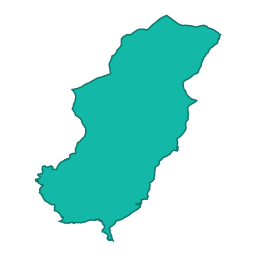 Repedea, Maramures, Romania
{"feature_id": "2599482B52197218257293", "entity_name": "Repedea", "entity_type": "district", "adm_level": 2, "iso_a3": "ROU", "parent_name": "Romania", "parent_adm1": "Maramures", "projection": "equal_earth", "projection_center": [24.385, 47.886], "detail": "fine", "context": "isolated", "style": "filled", "palette": "teal", "viewbox_px": 256, "rotation_deg": 0, "n_neighbors": 0, "source": "geoboundaries", "source_scale": "gbopen_adm2", "svg_char_len": 5741}
<svg xmlns="http://www.w3.org/2000/svg" viewBox="0 0 256 256"><path d="M113.0,240.6L111.8,237.6L111.6,235.8L109.9,232.4L109.8,231.5L110.1,230.5L109.9,229.6L109.7,229.2L109.0,229.0L109.0,228.4L110.1,227.6L110.5,226.6L112.2,225.9L114.2,224.2L115.2,223.0L115.7,221.8L116.6,220.8L121.1,219.6L121.9,219.1L122.8,218.8L124.8,217.2L125.6,217.1L127.0,216.2L128.8,215.3L131.3,213.1L132.5,212.2L133.7,211.7L134.3,211.1L134.9,210.7L136.9,209.8L137.4,209.3L137.3,209.0L137.8,209.0L138.6,208.1L139.5,207.7L139.9,207.0L140.2,206.9L140.1,206.2L140.5,205.8L140.2,205.6L140.3,204.8L136.6,204.7L136.6,204.3L135.9,203.8L136.1,203.6L136.8,204.0L138.4,204.1L138.7,204.0L138.4,203.6L138.5,203.5L141.4,203.4L141.4,203.0L141.0,202.8L140.7,202.3L141.5,201.4L141.6,200.2L141.1,199.8L141.4,199.6L143.3,199.4L144.0,199.0L145.3,199.2L147.3,199.0L147.2,198.1L147.7,197.6L147.5,197.0L148.2,196.5L148.2,196.3L147.5,194.8L147.0,194.3L147.5,193.3L147.6,192.4L148.0,192.1L148.1,191.5L149.2,190.2L149.7,189.0L149.5,187.9L149.7,187.5L150.0,185.2L149.9,184.6L149.6,184.3L149.5,183.6L150.1,182.6L152.4,181.1L153.4,179.7L154.2,179.0L153.8,177.7L154.3,176.8L154.5,176.0L154.7,171.0L155.2,170.0L154.7,168.6L155.1,168.2L155.4,167.3L156.0,166.5L158.0,165.5L158.3,165.2L159.0,164.0L159.4,162.8L159.3,161.4L159.9,160.6L161.0,160.0L161.9,159.3L162.2,158.5L162.6,157.9L166.7,156.1L170.0,154.0L170.6,153.4L170.9,152.7L171.4,151.9L173.2,150.3L175.0,150.4L176.5,150.9L177.5,150.7L177.4,150.2L178.0,149.5L177.1,149.2L176.7,147.8L177.6,147.9L178.1,147.5L178.2,147.2L177.1,145.3L177.3,143.2L177.7,142.8L177.4,141.8L177.0,138.9L177.4,138.4L180.8,136.1L184.7,131.3L185.4,129.9L185.9,128.3L186.0,127.2L185.6,124.6L185.7,122.5L186.1,121.7L187.6,120.2L188.1,119.3L188.0,116.1L188.5,114.3L188.0,111.5L187.9,110.3L187.6,109.7L187.8,108.6L187.8,107.2L188.1,106.7L188.8,106.2L189.0,105.5L189.3,105.2L191.2,104.3L195.6,101.6L196.7,100.6L195.6,100.1L192.8,99.5L191.0,98.6L189.7,97.4L188.6,96.7L186.2,93.7L186.0,93.3L186.0,92.5L185.8,92.0L185.8,91.4L184.0,89.2L183.4,87.3L183.3,84.6L182.9,83.5L183.0,82.9L184.5,80.8L186.0,79.9L187.1,79.6L190.6,77.3L193.5,74.7L195.3,73.8L196.9,73.5L198.1,72.4L199.2,69.1L201.3,65.5L201.4,63.6L201.9,62.0L203.1,59.9L204.1,56.9L204.6,56.7L205.2,56.1L205.8,55.0L205.9,54.1L208.0,52.8L208.7,50.6L209.9,49.2L210.5,48.2L211.3,47.5L213.2,46.5L214.2,45.1L216.5,43.9L217.8,42.3L217.8,42.0L217.7,41.1L217.9,40.1L218.1,40.2L218.3,39.9L218.4,39.0L218.6,39.0L218.7,39.3L219.3,38.7L219.1,38.2L219.5,37.6L219.6,36.1L220.4,34.8L220.1,34.8L218.3,32.9L213.4,29.6L207.6,27.6L207.3,26.9L206.7,26.3L203.9,25.3L197.6,26.6L196.8,27.0L195.8,27.1L192.3,26.0L185.9,25.3L182.0,25.5L178.1,23.8L166.7,15.4L163.0,17.1L159.5,19.1L155.5,22.6L152.4,24.9L149.3,28.1L147.4,29.8L146.0,29.6L145.8,29.7L143.5,29.2L139.6,29.2L137.2,30.1L134.6,31.9L133.2,32.7L130.8,34.9L129.4,34.6L127.0,34.6L123.2,36.9L121.4,38.9L121.4,44.8L120.0,47.3L117.2,50.1L115.9,53.2L114.8,54.7L112.1,56.0L111.5,58.8L109.1,64.1L109.5,66.4L109.4,67.2L110.0,68.2L109.9,69.1L110.5,73.2L110.5,73.8L100.9,77.2L97.0,78.2L91.5,81.5L90.6,81.7L89.1,83.0L87.7,83.3L84.8,84.6L81.3,87.1L78.3,88.1L77.8,88.5L72.1,89.6L72.8,90.4L73.2,90.6L74.1,91.8L75.9,96.0L75.0,101.9L74.1,103.0L73.6,104.2L73.5,105.9L73.3,106.7L72.3,108.8L72.3,109.1L74.6,112.4L75.4,114.4L75.4,115.1L79.0,117.3L81.3,119.8L82.6,123.7L85.6,128.1L85.8,129.7L85.6,132.9L85.5,133.9L84.5,136.7L81.7,139.1L80.5,140.9L77.7,142.8L77.4,143.4L77.5,143.8L77.2,144.1L77.2,144.7L76.8,145.3L76.8,146.1L76.1,147.1L75.5,148.8L75.5,151.2L75.7,153.5L72.8,153.5L71.8,153.8L71.0,154.2L70.2,155.0L69.8,155.1L70.0,156.8L69.9,157.3L68.8,158.6L68.4,159.3L68.1,159.0L67.5,158.7L66.9,158.8L65.6,160.3L65.0,159.8L64.4,160.1L64.2,160.5L60.6,162.4L58.5,164.8L57.7,166.5L57.1,167.4L56.8,168.5L56.3,169.5L54.7,169.3L53.4,169.5L52.3,169.2L52.7,168.8L52.4,168.4L52.8,168.3L52.9,167.6L52.6,166.9L51.5,166.0L50.4,166.1L50.3,166.3L50.4,166.5L49.4,166.5L47.7,167.3L47.0,167.0L46.1,167.1L45.7,167.0L45.4,166.3L44.9,165.9L43.9,166.3L43.4,166.1L42.7,166.4L42.5,166.6L42.3,168.7L42.1,169.2L42.4,169.4L42.5,170.1L43.0,170.8L42.6,171.6L42.4,173.4L42.0,173.8L41.3,173.9L40.9,173.7L39.7,174.1L38.2,174.1L37.9,174.7L38.0,175.4L40.2,176.8L39.9,178.2L38.7,178.7L37.8,178.7L36.8,179.2L35.9,179.3L35.6,179.6L35.6,180.4L35.8,181.1L36.1,181.3L36.9,181.0L37.1,180.7L37.7,180.6L38.2,181.1L38.0,181.3L37.5,181.2L37.2,181.6L38.0,182.0L38.4,182.9L39.5,183.5L41.5,185.0L41.8,185.0L42.5,184.5L42.8,184.7L42.9,185.3L42.7,185.9L41.8,186.5L40.6,187.9L40.2,188.6L39.8,188.8L39.7,189.5L40.0,190.3L39.8,191.0L39.9,191.7L39.5,192.5L40.1,193.4L41.3,194.3L42.0,195.0L41.9,195.8L43.1,196.7L43.2,198.0L43.5,198.6L45.2,200.9L47.6,202.1L50.2,204.0L51.3,204.5L52.2,204.7L53.8,204.7L55.0,205.0L55.2,205.6L54.9,206.6L54.9,207.2L54.5,207.5L54.8,208.2L54.5,209.9L54.3,210.1L54.3,210.3L55.0,210.8L57.4,211.6L58.3,212.7L59.4,212.9L61.6,217.3L63.2,217.2L63.1,218.6L62.4,219.3L62.0,220.2L61.2,220.7L59.6,221.3L61.0,221.8L62.5,222.0L64.6,223.0L65.4,223.1L66.5,223.0L68.5,223.2L72.8,222.1L73.1,222.4L73.0,222.9L73.3,223.3L73.7,223.4L75.6,222.5L77.1,222.7L78.4,222.6L78.7,222.4L81.0,222.9L82.6,222.0L84.5,222.2L87.4,220.8L89.9,220.1L92.2,219.9L94.9,220.4L95.8,219.2L96.2,219.3L96.4,219.8L97.0,219.6L97.3,219.9L98.5,218.8L99.1,219.2L99.6,219.9L99.3,220.5L100.2,220.4L100.1,220.8L100.2,221.1L101.5,221.5L102.1,221.1L102.2,222.7L103.0,223.6L103.1,224.0L103.0,224.4L103.7,224.7L104.5,226.1L104.2,227.7L104.2,228.3L103.7,228.8L103.3,229.4L102.6,229.7L102.3,230.3L102.3,231.8L104.3,232.1L105.0,233.0L105.7,233.1L106.4,233.5L108.2,235.6L108.6,236.6L108.0,236.8L107.8,237.1L107.5,237.3L107.1,238.4L107.5,239.0L108.0,238.9L108.6,239.3L108.7,240.1L108.8,240.3L110.1,240.2L109.8,239.9L110.5,239.7L112.2,240.1L113.0,240.6Z" fill="#14b8a6" stroke="#0f766e" stroke-width="1.5"/></svg>